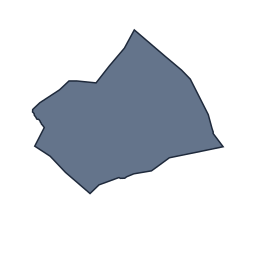 Chandmani, Govi-Altay, Mongolia (Equal Earth projection), rotated 315°
{"feature_id": "93677404B36095264987417", "entity_name": "Chandmani", "entity_type": "district", "adm_level": 2, "iso_a3": "MNG", "parent_name": "Mongolia", "parent_adm1": "Govi-Altay", "projection": "equal_earth", "projection_center": [97.862, 45.436], "detail": "fine", "context": "isolated", "style": "filled", "palette": "slate", "viewbox_px": 256, "rotation_deg": 315, "n_neighbors": 0, "source": "geoboundaries", "source_scale": "gbopen_adm2", "svg_char_len": 950}
<svg xmlns="http://www.w3.org/2000/svg" viewBox="0 0 256 256"><g transform="rotate(315 128 128)"><path d="M201.8,63.1L181.9,69.0L158.8,70.9L137.3,73.5L125.2,58.7L119.5,53.0L106.6,52.6L83.7,47.8L73.7,47.5L71.8,49.2L71.9,50.3L71.7,51.7L71.6,51.9L71.0,52.3L70.8,52.7L70.6,54.0L70.5,54.8L70.4,55.5L70.3,56.0L69.9,56.6L69.9,57.5L70.4,58.1L70.9,58.6L70.9,59.2L70.9,59.9L70.7,60.7L70.6,61.4L70.2,61.8L70.2,62.6L69.8,63.6L69.6,63.9L69.6,64.4L69.5,64.7L69.6,65.2L69.1,68.5L49.2,74.9L53.0,92.9L52.4,115.2L54.8,147.5L67.3,147.7L86.1,156.4L86.6,156.7L86.8,157.5L87.2,158.5L87.8,158.9L88.1,159.2L88.5,159.7L89.0,160.0L89.7,160.8L90.1,161.1L90.6,161.3L91.6,161.4L92.5,161.5L99.7,164.5L114.3,174.9L136.2,178.3L169.2,200.1L182.0,208.5L184.3,192.1L185.1,191.4L185.4,191.0L185.6,190.8L185.6,190.5L185.8,190.3L185.9,190.1L186.3,189.3L187.1,187.7L194.2,175.3L206.6,137.5L206.8,124.9L204.9,103.1L201.8,63.1Z" fill="#64748b" stroke="#1e293b" stroke-width="1.5"/></g></svg>